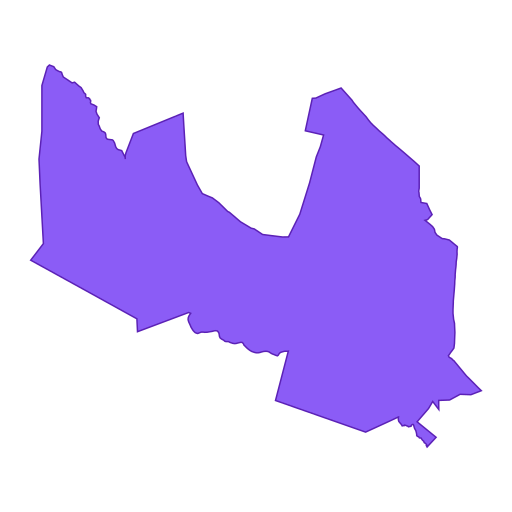 outline of La Compañía, Oaxaca, Mexico
{"feature_id": "50627088B41446302433754", "entity_name": "La Compañía", "entity_type": "district", "adm_level": 2, "iso_a3": "MEX", "parent_name": "Mexico", "parent_adm1": "Oaxaca", "projection": "robinson", "projection_center": [-96.841, 16.58], "detail": "fine", "context": "isolated", "style": "filled", "palette": "violet", "viewbox_px": 512, "rotation_deg": 0, "n_neighbors": 0, "source": "geoboundaries", "source_scale": "gbopen_adm2", "svg_char_len": 4185}
<svg xmlns="http://www.w3.org/2000/svg" viewBox="0 0 512 512"><path d="M457.3,246.6L449.3,240.0L444.5,238.8L442.2,238.6L436.9,235.1L435.0,232.3L434.5,229.7L434.3,229.1L433.3,227.6L432.6,226.6L430.0,224.3L425.0,220.3L427.6,219.6L432.1,214.6L429.5,209.5L426.8,203.5L421.0,202.5L420.8,201.1L420.7,199.2L420.4,198.3L419.3,196.5L419.0,192.6L418.7,191.3L419.2,188.2L419.2,186.3L419.2,181.9L419.2,174.8L419.2,166.0L417.0,164.0L414.9,162.1L411.8,159.4L402.8,151.6L397.2,146.9L396.8,146.6L395.1,145.2L394.8,144.9L393.9,144.1L390.9,141.5L390.1,140.7L386.8,137.8L384.7,135.7L383.4,134.5L379.2,130.9L376.2,128.0L372.8,124.9L372.1,124.1L371.3,123.4L370.1,122.0L368.3,119.8L366.2,116.9L360.3,110.5L358.0,107.9L356.4,106.0L353.2,102.1L353.1,101.9L352.0,100.2L341.1,88.0L332.6,91.1L325.1,93.8L315.8,98.1L312.3,98.3L305.3,130.7L305.3,130.8L323.6,135.0L320.3,146.8L316.3,156.9L309.6,182.8L299.8,214.2L288.5,236.9L282.6,237.0L271.2,235.6L262.6,234.5L254.2,228.9L251.2,228.2L240.5,221.8L229.4,212.3L227.7,211.5L218.9,202.8L212.4,197.9L207.5,195.9L202.3,193.6L197.4,185.0L188.3,165.4L186.6,161.7L185.7,155.7L185.1,145.9L183.8,125.2L183.1,113.1L133.4,133.5L125.9,153.0L125.6,154.2L125.2,155.8L125.3,159.1L125.1,157.3L121.7,150.6L118.2,149.6L117.9,149.4L117.7,149.3L116.7,148.5L115.7,146.8L114.6,143.0L113.2,140.5L112.2,139.8L111.0,139.7L107.3,139.2L106.0,137.6L105.9,136.4L105.7,134.2L105.2,132.9L103.9,131.9L101.7,131.0L100.2,128.8L99.2,126.0L98.3,124.4L98.2,121.1L99.3,117.7L97.0,114.2L96.0,111.3L96.4,109.1L96.7,106.7L94.3,105.2L94.0,105.0L90.9,103.8L90.4,102.7L90.7,101.1L90.6,100.3L89.5,99.2L89.6,98.7L88.4,97.8L86.3,97.8L85.6,96.2L85.7,94.6L85.5,94.1L83.9,92.7L83.1,90.9L81.1,87.6L80.4,87.1L78.7,85.9L74.6,82.2L72.1,82.9L63.3,77.0L62.3,74.7L61.6,72.5L60.9,71.9L59.4,71.6L56.3,70.0L55.5,69.3L53.8,66.7L49.4,65.0L47.3,67.0L41.9,85.5L41.9,131.2L39.0,159.1L40.1,184.0L43.4,243.6L30.7,260.2L55.2,273.7L136.9,318.8L137.5,331.7L188.6,312.5L190.7,313.3L189.4,315.2L188.8,316.2L188.2,317.9L188.1,319.8L188.7,321.9L190.1,324.9L191.0,327.1L192.2,329.1L193.1,330.5L194.3,331.8L195.3,332.7L196.6,333.2L197.7,333.5L199.2,332.9L201.2,332.1L203.1,332.1L204.7,332.3L207.3,332.2L209.5,331.8L212.1,331.4L214.3,330.8L215.9,330.7L217.4,331.0L218.1,331.8L219.0,333.3L219.5,336.6L220.2,338.0L221.6,339.1L223.7,340.2L224.9,341.3L226.1,341.6L228.5,341.6L230.2,342.5L231.5,342.9L232.6,343.3L234.4,343.6L236.0,343.5L237.4,343.1L239.1,342.7L241.0,342.3L242.3,342.5L243.4,343.7L243.9,345.0L245.7,346.8L246.9,348.0L248.3,349.2L249.8,350.3L251.6,351.4L253.3,352.0L254.8,352.5L256.3,352.8L258.1,352.8L259.9,352.5L261.4,352.0L263.4,351.5L265.0,351.3L266.5,351.3L267.8,351.5L269.2,352.0L270.3,352.8L271.6,353.6L273.0,354.2L273.9,354.5L275.0,355.0L275.8,355.3L276.6,355.6L277.5,355.8L278.3,355.1L278.8,354.2L279.6,353.2L280.6,352.4L282.5,351.8L284.3,351.3L286.2,351.2L287.8,351.3L288.3,351.2L275.5,400.5L365.6,432.1L388.5,421.6L397.9,417.2L398.5,417.0L398.3,418.8L398.5,420.4L398.8,421.4L399.5,422.3L400.0,422.9L401.2,424.3L401.8,425.2L402.2,425.9L403.0,425.6L404.1,425.7L404.4,425.1L405.9,425.4L406.6,425.8L407.9,426.2L408.4,426.8L409.5,426.6L410.4,426.4L411.1,426.2L411.3,425.4L411.9,424.8L412.5,424.5L412.9,424.4L413.4,424.6L413.8,425.7L414.1,426.9L414.6,428.5L415.3,429.7L415.8,430.6L416.4,432.8L416.7,434.5L416.7,435.4L417.3,436.3L418.2,436.6L418.7,436.8L419.3,437.8L419.9,438.0L421.0,438.0L421.9,439.4L422.6,440.3L423.7,441.2L424.2,442.6L425.6,443.5L426.5,444.6L426.8,445.0L426.3,445.5L427.1,447.0L436.1,437.3L417.1,421.8L428.5,408.6L432.7,401.5L438.8,409.5L438.7,400.4L449.6,400.0L460.1,394.3L470.9,394.7L481.3,390.7L478.0,387.5L470.2,379.6L469.5,378.9L466.5,376.0L455.1,362.2L454.3,361.2L454.1,360.9L453.2,360.3L451.9,358.9L451.3,358.4L449.2,357.3L448.4,355.7L449.5,354.2L450.5,352.7L452.2,350.5L453.9,348.1L454.2,345.8L454.5,343.2L454.5,342.9L454.6,339.7L454.9,332.5L454.6,326.3L454.5,323.3L453.6,319.3L453.4,317.1L453.0,313.5L453.0,309.5L453.3,302.8L453.3,301.1L454.3,289.7L454.7,284.1L454.8,280.6L454.9,279.8L455.1,277.8L455.2,275.5L455.1,275.3L455.6,269.4L455.9,267.0L456.1,264.7L456.2,261.8L456.7,258.6L457.1,254.4L457.0,251.5L457.1,249.5L457.4,247.3L457.3,246.6Z" fill="#8b5cf6" stroke="#5b21b6" stroke-width="1.5"/></svg>